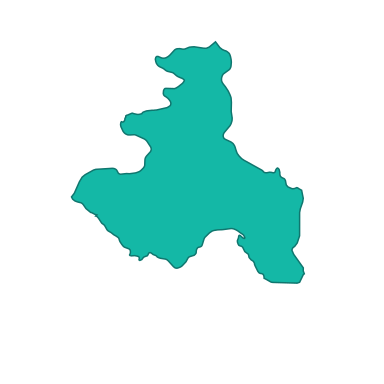 SVG path tracing the border of Hwanghae-bukto, rotated 328°
{"feature_id": "PRK-3303", "entity_name": "Hwanghae-bukto", "entity_type": "Province", "adm_level": 1, "iso_a3": "PRK", "parent_name": "North Korea", "parent_adm1": "", "projection": "equal_earth", "projection_center": [126.361, 38.471], "detail": "fine", "context": "isolated", "style": "filled", "palette": "teal", "viewbox_px": 384, "rotation_deg": 328, "n_neighbors": 0, "source": "natural_earth", "source_scale": "10m", "svg_char_len": 5189}
<svg xmlns="http://www.w3.org/2000/svg" viewBox="0 0 384 384"><g transform="rotate(328 192 192)"><path d="M285.9,248.6L283.0,256.3L280.6,259.1L274.9,263.7L272.4,266.4L260.0,286.2L254.2,291.0L250.4,292.5L247.7,292.8L245.9,294.2L245.2,298.8L246.2,315.3L244.5,317.9L243.9,320.9L242.5,321.1L239.4,323.1L235.4,325.6L232.9,325.0L212.5,311.4L211.3,310.3L207.8,303.9L207.4,303.5L208.2,301.9L208.5,301.1L208.7,300.0L208.5,299.0L207.6,297.9L206.7,297.2L206.0,296.0L205.8,294.1L206.4,288.0L206.7,286.5L207.1,285.7L207.3,284.6L207.2,283.0L206.2,280.9L205.7,277.8L206.8,274.7L205.2,270.5L205.7,265.6L205.2,264.2L204.4,263.4L203.5,262.1L203.5,260.7L204.0,258.5L204.7,257.3L206.6,255.9L207.4,255.2L208.1,254.3L208.8,253.8L209.4,253.9L209.8,254.5L210.6,257.3L211.0,258.2L211.5,258.9L212.0,259.2L212.6,258.8L212.8,257.7L212.9,255.8L212.4,254.4L211.4,252.3L210.3,249.4L209.3,247.5L208.0,245.6L207.1,244.7L206.3,244.0L205.4,243.5L197.9,240.1L193.7,237.7L190.4,236.3L188.5,235.8L185.2,235.9L178.9,237.3L178.1,237.7L177.2,238.3L172.7,242.2L171.8,242.8L170.9,243.0L169.9,242.9L168.1,242.3L167.2,242.3L166.3,242.7L165.4,243.2L164.6,244.0L163.2,245.9L161.9,246.5L160.3,246.8L155.7,245.6L154.4,245.6L153.4,246.0L149.9,248.0L144.5,249.4L143.2,249.5L141.8,249.4L139.5,248.9L138.2,248.2L137.4,247.3L137.0,246.3L136.7,245.4L135.4,237.9L134.8,236.0L134.0,234.9L130.0,231.4L128.9,230.0L128.1,228.7L128.0,227.7L127.7,226.8L125.9,224.4L125.2,222.4L124.5,221.3L123.6,220.9L122.8,221.0L122.0,221.5L121.2,222.0L120.4,222.4L117.2,221.7L116.0,221.8L113.6,222.7L111.5,222.4L111.1,221.7L111.4,221.0L112.1,220.4L112.4,219.9L112.6,219.2L112.3,218.3L111.5,217.3L109.7,215.6L106.7,214.0L105.7,212.9L105.7,212.3L106.9,211.5L107.6,210.8L108.2,209.9L108.6,209.0L108.8,208.2L108.6,207.4L108.4,206.8L105.8,203.4L105.4,202.8L105.1,202.1L104.9,201.3L104.7,199.4L104.6,196.4L104.7,195.3L104.9,194.3L105.2,193.3L105.4,192.3L105.2,191.3L104.1,188.8L102.9,186.6L102.4,185.0L101.8,183.4L100.7,181.4L100.1,180.1L99.9,178.9L100.1,174.9L100.1,173.8L99.8,172.8L99.0,170.8L98.9,169.8L98.8,164.6L98.4,162.2L97.6,161.4L99.2,161.0L97.8,159.5L96.1,156.5L95.2,155.6L93.3,149.9L93.1,145.0L92.8,143.6L92.3,142.5L89.6,139.7L88.0,137.6L87.4,136.0L87.0,134.8L87.2,132.3L91.5,130.7L102.0,123.6L106.7,121.2L110.6,120.7L120.1,121.2L122.4,121.8L137.0,129.7L137.8,130.3L138.6,131.1L139.2,132.0L139.6,133.0L139.7,133.9L139.5,137.0L139.9,138.0L140.7,139.0L146.3,141.7L148.7,143.4L154.5,146.0L158.2,146.8L160.4,146.6L163.4,145.9L164.6,145.4L165.7,144.7L166.4,143.8L169.0,140.0L169.7,139.1L170.9,138.1L172.5,137.4L178.1,135.8L178.9,135.3L179.8,134.6L180.3,133.7L180.7,132.7L180.8,131.8L180.7,125.5L180.6,124.5L180.4,123.6L180.1,122.7L179.7,121.8L174.5,113.9L174.0,113.3L173.2,112.7L169.7,110.8L167.9,109.6L167.2,108.7L166.6,107.8L166.2,106.9L165.9,105.9L165.8,105.0L165.7,104.0L166.2,100.0L166.3,99.1L166.7,97.9L167.3,96.7L168.6,95.3L169.4,95.0L170.3,96.0L171.5,96.2L173.2,95.3L174.2,94.0L175.5,93.4L176.1,92.4L177.3,92.3L178.1,92.6L182.6,93.3L183.3,93.6L184.3,94.9L185.9,96.4L186.4,97.0L188.2,98.1L190.9,99.0L192.0,98.5L192.9,98.4L195.9,99.0L196.8,99.3L201.4,101.5L202.4,102.1L203.2,102.6L204.0,102.9L205.2,103.6L215.5,107.2L217.1,107.3L219.5,107.2L220.4,106.4L221.1,105.6L221.4,104.7L221.6,104.1L221.6,103.4L221.6,102.7L221.5,101.4L221.2,99.7L220.5,97.8L219.6,96.0L219.4,94.7L219.8,93.3L221.5,91.0L222.7,90.2L223.8,89.9L224.8,90.3L232.0,95.1L233.8,95.4L236.3,95.4L241.6,94.8L243.7,94.0L244.8,93.1L244.6,92.1L244.3,91.3L243.8,90.3L242.7,88.9L241.4,87.0L240.8,85.9L240.4,84.9L239.5,81.9L239.1,80.9L238.4,80.0L235.0,76.5L234.4,75.5L234.0,74.5L233.3,72.5L232.8,71.5L230.8,68.4L230.4,67.4L230.1,66.4L230.0,65.3L230.0,63.9L230.4,62.2L231.3,59.9L232.7,58.6L233.9,58.4L235.0,59.0L237.2,62.1L238.0,62.9L239.0,63.6L240.1,64.1L241.2,64.4L243.6,64.5L245.7,64.2L252.6,62.3L253.8,62.3L254.9,62.5L256.0,63.0L257.7,64.0L259.9,66.0L260.9,66.6L261.9,67.0L266.5,67.8L268.6,68.8L270.8,70.0L278.3,76.4L280.3,77.7L283.4,78.2L291.5,77.1L292.1,84.2L293.2,87.2L294.6,89.3L295.5,90.3L295.7,90.6L296.3,91.9L296.6,92.8L296.9,93.7L297.0,94.7L296.8,96.0L296.4,97.6L295.4,100.3L294.2,102.7L291.8,105.9L291.0,106.7L290.1,107.3L289.2,107.8L288.3,108.0L281.4,108.5L280.6,108.7L279.7,109.2L278.8,109.8L277.9,110.6L277.1,111.5L276.5,112.5L276.0,113.4L275.7,115.0L275.7,116.9L276.1,120.5L276.2,125.5L275.8,129.3L275.4,131.4L275.0,132.9L272.9,136.9L267.9,144.5L265.3,150.5L264.0,152.4L263.1,153.3L261.3,154.8L259.4,155.9L250.8,158.7L249.9,159.2L249.1,159.8L248.3,160.7L247.8,161.7L247.6,163.2L247.5,163.5L248.3,165.2L251.5,170.1L252.0,171.3L252.5,172.7L252.6,175.0L252.4,176.4L252.1,177.6L251.8,178.6L251.3,180.6L250.9,182.6L250.8,183.5L251.0,186.4L251.8,190.1L252.9,192.6L262.6,210.1L263.2,211.4L263.3,212.7L263.8,213.9L264.9,214.9L265.8,215.4L266.9,215.8L268.2,216.3L269.5,217.2L271.2,218.9L272.4,219.2L273.1,219.0L274.7,217.7L275.4,217.3L276.2,217.0L277.1,216.9L277.7,217.8L277.8,219.1L276.9,221.9L276.0,223.3L275.5,224.6L275.3,225.7L275.7,227.1L276.1,227.8L277.2,229.5L277.4,230.5L277.3,231.8L276.5,233.8L275.7,236.0L276.1,238.6L278.6,242.2L279.5,242.8L280.8,243.4L283.2,243.8L283.8,244.5L284.2,245.4L284.6,246.3L285.9,248.6L285.9,248.6Z" fill="#14b8a6" stroke="#0f766e" stroke-width="1.5"/></g></svg>